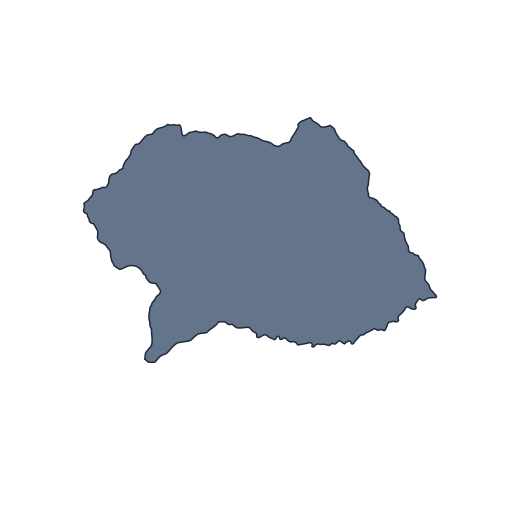 outline of Gama, Cundinamarca, Colombia, rotated 126°
{"feature_id": "7082276B33620598114960", "entity_name": "Gama", "entity_type": "district", "adm_level": 2, "iso_a3": "COL", "parent_name": "Colombia", "parent_adm1": "Cundinamarca", "projection": "albers", "projection_center": [-73.601, 4.727], "detail": "fine", "context": "isolated", "style": "filled", "palette": "slate", "viewbox_px": 512, "rotation_deg": 126, "n_neighbors": 0, "source": "geoboundaries", "source_scale": "gbopen_adm2", "svg_char_len": 6143}
<svg xmlns="http://www.w3.org/2000/svg" viewBox="0 0 512 512"><g transform="rotate(126 256 256)"><path d="M201.3,404.7L204.2,405.6L206.2,406.8L210.2,410.0L211.4,410.7L213.6,411.4L218.0,411.5L218.6,411.7L221.4,414.6L222.9,415.5L225.7,416.0L232.7,416.4L234.0,416.8L235.3,417.7L236.1,418.7L237.0,419.1L243.8,419.0L247.1,417.4L248.8,417.1L253.1,417.0L254.5,417.3L256.2,417.4L260.6,416.5L263.6,415.2L266.7,417.0L269.2,417.2L271.0,417.8L271.7,418.2L273.8,420.1L275.1,420.9L276.7,421.2L279.3,420.6L283.0,418.5L284.3,418.0L287.4,417.6L288.6,417.7L289.0,418.0L289.8,419.4L291.0,420.8L291.9,421.3L292.9,421.5L293.5,422.3L295.4,423.5L297.0,425.2L298.0,426.0L299.0,426.1L302.4,424.4L304.1,424.2L306.0,424.5L309.6,424.5L313.8,426.0L314.8,426.0L315.6,425.0L317.4,423.5L320.5,422.3L321.5,421.3L321.7,419.9L321.2,418.1L321.4,417.0L322.7,415.8L324.3,412.8L325.9,411.0L326.2,410.4L326.3,408.8L325.6,406.9L325.5,405.8L328.3,399.8L328.7,399.0L329.7,397.9L334.1,395.3L334.9,394.5L336.1,392.0L336.2,389.4L335.6,386.9L335.5,384.3L335.8,382.9L336.5,381.4L337.3,378.0L338.0,376.7L339.7,374.9L341.9,373.2L342.6,372.1L344.3,370.5L345.5,368.4L345.9,367.0L346.8,366.0L347.1,365.3L347.3,362.3L346.9,358.5L346.3,357.8L345.2,357.0L340.1,354.1L337.8,352.4L335.7,349.2L334.7,346.8L334.5,345.4L334.5,343.2L334.8,340.9L335.1,339.7L336.7,336.6L336.5,334.4L336.9,333.4L338.2,332.3L339.7,327.3L339.7,326.0L338.7,323.7L337.5,321.6L337.3,320.0L340.0,313.3L340.9,312.3L342.5,311.8L344.3,311.9L347.3,312.7L348.4,312.7L349.5,312.5L350.4,312.1L352.7,312.4L354.8,312.5L357.0,311.8L359.7,311.5L360.6,311.2L362.1,310.2L366.6,308.0L369.8,305.6L370.3,305.2L372.0,302.9L374.6,301.0L377.1,297.0L379.9,295.1L383.5,291.8L386.4,289.7L388.5,288.5L390.9,287.9L391.6,287.8L394.1,288.2L397.2,288.3L398.7,288.4L400.2,288.0L404.9,285.3L404.9,282.8L405.2,281.1L404.5,279.8L402.8,277.1L401.6,275.7L401.0,275.4L400.0,275.1L396.9,275.1L394.0,274.7L391.4,273.7L388.2,271.5L387.1,271.2L384.8,270.7L377.8,270.1L374.0,269.1L372.1,268.2L366.4,262.6L365.0,261.0L363.6,259.9L361.7,259.1L356.7,258.2L353.6,257.2L351.3,255.5L347.8,251.6L346.9,250.9L345.6,250.6L343.2,250.3L339.2,248.8L335.0,247.7L331.7,247.6L330.0,245.9L328.1,243.4L327.5,242.1L327.4,241.0L327.7,239.6L327.5,237.9L326.9,236.8L325.8,235.9L325.2,234.9L325.6,231.6L325.2,229.1L323.8,226.8L318.7,221.0L318.0,219.8L317.9,218.2L318.8,214.5L318.4,211.1L318.5,210.0L319.1,209.3L320.8,208.0L321.0,207.7L320.8,206.4L320.3,205.7L319.1,205.0L315.4,203.4L314.4,202.3L313.9,200.5L314.0,197.0L313.1,194.1L312.9,192.0L312.6,191.6L311.8,191.4L309.7,191.6L308.2,191.1L307.8,190.6L307.6,190.2L307.8,189.6L309.0,188.2L309.2,187.6L309.1,187.2L308.3,186.2L307.6,185.8L306.6,185.6L305.4,184.7L305.3,182.8L305.7,180.0L305.5,178.3L304.9,177.1L303.0,175.0L302.7,174.1L302.6,172.9L303.3,170.5L303.2,169.7L297.0,163.7L294.3,161.5L294.0,160.2L294.3,158.5L294.4,158.2L296.2,157.8L296.3,156.9L296.1,156.4L295.4,155.8L292.1,155.3L291.0,154.6L289.7,152.0L287.4,149.1L285.5,144.4L284.7,143.9L282.1,143.3L281.1,140.8L280.6,140.2L275.5,139.0L275.3,137.9L275.3,134.1L275.0,132.8L274.4,132.4L273.2,132.6L271.7,131.7L270.6,131.4L269.8,130.2L269.7,129.4L269.8,128.6L270.8,127.3L270.6,126.4L270.4,126.1L269.5,125.8L265.5,125.7L263.4,125.3L262.5,125.4L261.9,125.1L260.8,125.3L258.9,124.9L258.1,124.4L256.4,122.6L254.3,122.1L250.6,120.2L248.3,118.9L245.4,117.8L245.0,117.0L244.7,114.5L244.4,113.7L243.8,113.0L242.0,111.9L241.2,108.9L241.0,108.5L240.3,108.0L237.2,108.5L233.2,109.7L231.6,109.5L228.7,107.1L227.8,105.8L226.7,103.6L226.2,103.2L225.1,102.8L224.4,102.8L222.9,104.5L221.5,105.3L219.6,105.2L216.8,104.5L213.3,104.2L211.9,104.2L210.4,104.5L209.4,104.4L208.6,104.1L208.3,103.7L207.3,101.5L207.7,100.5L207.6,99.9L206.2,96.7L205.3,96.0L204.6,95.9L203.7,96.1L202.3,97.9L201.7,98.5L200.7,98.9L197.9,99.1L195.4,99.0L194.4,98.2L194.2,97.8L194.1,95.2L193.7,94.4L192.3,93.5L189.9,92.7L188.3,91.6L185.7,88.5L184.0,86.1L183.5,85.9L182.6,86.2L181.8,87.9L181.9,89.2L181.3,90.6L180.6,94.8L179.0,97.6L178.1,98.5L177.7,99.2L176.5,104.2L176.0,105.3L172.8,107.8L170.7,108.5L169.3,109.9L168.0,110.1L165.6,113.9L164.0,115.7L162.4,119.5L161.9,122.4L160.4,124.7L161.7,128.7L161.5,130.9L162.4,133.1L162.5,134.3L162.0,135.4L161.4,136.3L159.0,138.1L158.2,139.4L156.3,143.3L153.0,147.6L151.5,148.7L150.9,149.3L150.6,150.3L150.5,153.7L149.6,155.0L146.8,157.5L145.8,159.7L145.4,160.2L144.2,160.9L142.4,162.6L142.3,163.4L141.8,165.1L142.1,167.7L141.7,170.5L141.9,172.7L141.8,173.2L141.0,174.2L141.1,174.5L141.8,175.0L142.0,175.3L141.7,176.7L141.9,178.5L141.5,180.5L142.1,183.2L141.0,186.3L141.1,187.8L140.3,189.6L140.0,191.2L140.4,194.6L141.0,196.4L141.7,197.6L141.8,198.5L141.6,199.2L141.1,200.6L140.6,201.1L139.3,201.5L139.1,201.9L138.9,202.7L137.6,203.9L136.8,205.2L135.6,205.6L134.9,206.4L133.4,206.6L131.5,207.5L129.4,209.0L127.3,209.9L126.4,210.6L123.3,212.1L122.1,213.2L121.0,215.1L120.2,221.9L119.5,224.0L118.0,227.1L117.4,230.1L116.5,232.1L115.8,235.3L114.9,237.2L113.4,238.8L113.6,240.7L113.3,242.8L113.2,245.9L113.1,246.5L112.1,248.1L112.0,249.1L111.5,250.5L111.2,252.0L111.3,252.6L112.2,254.5L112.1,257.1L109.8,263.0L109.1,264.3L107.5,266.6L107.0,268.1L106.8,269.8L106.9,272.7L107.0,273.0L109.5,274.7L111.9,276.9L113.3,279.0L113.3,280.5L112.8,283.1L113.3,289.6L112.1,293.1L112.6,293.8L118.3,297.1L119.9,298.3L121.0,298.8L123.0,299.3L125.0,299.2L126.6,297.8L127.7,297.3L129.1,297.4L134.0,296.8L138.0,296.7L140.0,296.5L141.8,296.0L143.7,295.9L145.2,296.4L147.9,299.1L149.7,300.3L153.3,301.6L154.9,303.2L155.3,304.8L155.8,306.0L155.9,311.2L156.9,314.1L158.6,317.9L159.6,324.5L160.9,327.3L161.6,330.6L163.4,333.5L164.3,336.6L164.9,337.6L166.7,340.0L167.4,342.0L168.6,343.1L172.8,345.3L174.5,346.8L175.0,348.2L175.3,351.3L175.6,352.4L176.1,353.2L178.3,355.0L179.1,355.4L182.8,356.2L183.4,356.9L183.6,358.4L183.2,360.0L183.2,362.0L183.6,364.6L184.7,366.8L185.1,369.2L188.6,373.6L189.2,374.5L190.1,377.6L190.6,378.4L191.3,379.1L192.5,379.7L193.3,380.4L195.2,382.4L199.5,383.9L200.9,384.7L201.3,385.3L201.5,386.3L201.3,386.7L199.5,388.9L196.8,391.5L195.2,393.7L194.9,394.6L195.2,395.4L196.9,397.0L198.1,399.7L200.6,402.3L201.1,403.3L201.3,404.7Z" fill="#64748b" stroke="#1e293b" stroke-width="1.5"/></g></svg>